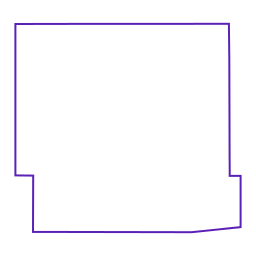 outline of Dallas, Iowa, United States of America
{"feature_id": "52423323B12801539199166", "entity_name": "Dallas", "entity_type": "district", "adm_level": 2, "iso_a3": "USA", "parent_name": "United States of America", "parent_adm1": "Iowa", "projection": "natural_earth1", "projection_center": [-93.981, 41.683], "detail": "fine", "context": "isolated", "style": "outline", "palette": "violet", "viewbox_px": 256, "rotation_deg": 0, "n_neighbors": 0, "source": "geoboundaries", "source_scale": "gbopen_adm2", "svg_char_len": 319}
<svg xmlns="http://www.w3.org/2000/svg" viewBox="0 0 256 256"><path d="M15.4,24.0L15.4,175.4L33.2,175.6L33.0,231.9L191.7,232.2L240.6,227.1L240.6,214.7L240.6,185.2L240.6,175.9L229.7,175.9L229.7,167.6L229.6,157.1L229.3,58.1L228.9,23.8L122.2,23.9L68.8,23.9L15.4,24.0Z" fill="none" stroke="#5b21b6" stroke-width="2"/></svg>